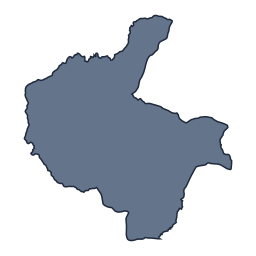 Coper, Boyacá, Colombia
{"feature_id": "7082276B34459820199268", "entity_name": "Coper", "entity_type": "district", "adm_level": 2, "iso_a3": "COL", "parent_name": "Colombia", "parent_adm1": "Boyacá", "projection": "albers", "projection_center": [-74.028, 5.448], "detail": "fine", "context": "isolated", "style": "filled", "palette": "slate", "viewbox_px": 256, "rotation_deg": 0, "n_neighbors": 0, "source": "geoboundaries", "source_scale": "gbopen_adm2", "svg_char_len": 5708}
<svg xmlns="http://www.w3.org/2000/svg" viewBox="0 0 256 256"><path d="M172.1,20.7L170.5,19.7L169.5,19.3L168.1,19.6L167.3,19.5L166.1,18.4L165.2,18.2L161.9,16.5L160.4,16.3L158.6,16.3L157.0,15.6L155.8,15.4L154.1,15.7L153.2,16.3L152.2,17.5L149.5,18.1L148.1,18.8L147.3,18.9L145.6,18.3L144.5,18.2L143.3,18.5L140.5,18.5L139.6,18.7L139.0,19.5L136.5,20.9L135.9,21.8L134.7,21.7L133.7,22.0L133.2,22.8L133.2,23.3L133.5,23.8L133.6,24.7L133.6,25.1L133.2,25.8L132.8,26.1L132.1,26.2L131.7,25.5L131.3,25.5L130.7,26.9L129.8,27.7L129.7,28.1L130.1,29.0L129.6,30.0L129.5,30.4L130.2,31.3L130.3,32.1L130.1,33.3L128.5,35.3L129.0,36.4L128.3,39.6L128.5,42.1L127.9,44.0L127.1,44.9L126.8,46.0L124.3,48.6L122.5,51.1L119.8,51.7L117.5,53.6L115.5,54.3L114.6,54.8L114.7,55.6L114.3,57.6L113.6,58.5L113.0,58.9L112.6,59.8L112.3,60.0L110.7,60.2L110.2,58.5L109.7,58.0L108.4,57.5L107.6,56.1L107.2,55.9L104.2,56.8L102.5,56.7L102.0,56.8L100.8,58.2L100.2,58.3L98.4,56.9L98.0,56.0L98.0,55.0L97.6,54.0L97.1,53.3L96.7,53.2L96.0,53.5L95.6,54.3L95.5,54.9L95.9,56.0L95.7,56.4L95.3,56.4L94.6,56.0L94.0,55.1L93.9,56.3L92.9,57.5L91.8,56.7L90.6,56.5L90.4,56.9L90.8,57.9L90.8,58.2L89.2,58.8L88.4,60.9L87.4,61.8L86.9,61.9L86.2,61.2L85.3,61.3L84.8,60.9L84.9,57.5L84.5,56.4L83.8,56.4L83.0,56.9L82.5,56.9L81.1,55.9L79.5,54.1L78.1,53.3L77.3,53.3L77.1,54.2L76.7,54.7L75.3,54.7L74.6,55.1L72.6,57.8L71.7,57.8L70.8,56.7L70.4,56.6L69.2,56.9L68.5,57.5L67.3,59.0L65.8,63.2L64.9,63.4L64.2,63.2L63.7,63.2L63.0,62.7L62.0,63.3L61.8,63.9L61.1,64.7L59.2,65.8L58.8,67.2L56.9,69.7L54.5,71.0L53.0,72.4L52.6,73.2L52.3,74.9L52.0,75.5L47.9,77.3L46.3,78.4L44.7,79.0L42.6,80.1L40.7,80.4L38.5,79.7L37.8,79.7L36.0,81.3L33.1,82.1L32.3,82.8L29.3,84.1L28.3,84.7L27.0,85.8L26.1,86.9L25.5,88.6L25.3,91.2L25.6,92.6L25.1,95.0L25.3,95.9L25.8,97.6L26.5,98.6L26.8,99.7L27.6,101.4L28.1,102.0L28.2,102.5L28.2,103.2L27.6,104.8L27.0,105.5L26.9,105.9L27.3,107.8L27.2,108.3L25.5,110.5L25.3,111.7L27.6,115.4L27.4,117.9L27.5,118.5L28.0,119.7L28.2,120.4L28.2,123.0L29.2,124.5L29.2,124.8L27.4,128.7L26.9,130.8L25.8,133.8L25.5,135.8L24.4,138.3L24.4,138.7L25.0,139.5L26.5,141.0L26.7,142.1L27.2,143.0L28.1,143.5L28.6,143.5L29.5,143.1L30.2,142.4L31.0,142.3L32.8,143.5L33.1,144.8L34.1,145.9L34.3,146.5L33.9,147.4L34.2,148.2L34.1,148.5L32.7,149.8L32.9,150.7L32.8,151.5L31.1,153.0L31.0,153.8L31.9,154.6L33.1,155.1L33.9,154.9L35.0,154.0L35.4,153.9L37.1,154.0L38.9,154.8L39.2,155.5L39.3,157.0L39.5,157.6L40.3,158.5L40.7,158.7L42.2,161.1L43.2,162.3L43.9,164.0L45.6,165.1L46.3,166.1L47.6,169.2L47.8,170.4L48.1,170.6L49.4,170.7L51.2,172.5L51.2,173.3L51.0,173.8L51.3,175.1L52.1,176.0L52.8,176.5L53.3,177.1L53.9,178.4L54.8,179.9L56.1,180.7L57.4,182.5L60.2,183.5L61.5,183.4L62.2,183.6L62.5,183.8L63.7,186.1L65.1,186.8L67.3,186.7L68.8,186.4L71.8,186.5L73.5,186.4L76.2,187.8L76.9,188.9L77.5,189.4L79.0,189.6L80.7,191.1L82.0,191.8L82.9,191.5L83.5,192.1L83.8,192.1L84.1,192.1L85.4,190.6L88.0,190.5L88.3,190.4L89.1,189.2L90.1,188.8L91.0,188.9L92.0,188.5L94.2,188.5L95.1,188.3L96.5,187.5L96.9,187.9L100.9,193.8L101.8,196.5L103.0,203.5L103.3,204.2L104.0,204.9L105.5,205.9L107.2,206.7L109.7,207.4L111.6,207.5L113.0,208.8L115.0,211.0L117.1,211.9L118.5,212.1L120.3,211.9L122.8,211.5L124.5,210.9L127.2,211.3L128.1,211.9L128.6,212.6L128.6,212.9L126.2,217.9L126.0,219.4L126.5,225.9L126.3,234.7L126.6,236.5L127.1,238.2L127.8,239.3L128.7,240.0L129.9,240.4L131.3,240.6L133.0,240.4L135.6,239.8L137.2,239.1L142.4,239.1L143.7,238.6L145.4,237.5L147.6,237.9L149.4,238.1L151.0,238.0L158.1,238.8L160.0,238.8L159.0,238.2L158.8,237.1L159.0,236.7L159.8,236.3L160.0,236.0L160.6,234.3L160.8,234.1L161.7,234.7L162.1,234.5L162.1,233.4L163.6,231.9L166.3,231.2L167.7,231.0L168.1,230.7L168.0,230.0L168.5,229.2L170.6,228.9L170.5,228.5L169.9,228.1L170.2,227.7L170.7,227.5L171.7,227.6L171.9,227.1L172.6,226.2L173.0,224.8L176.2,222.5L175.9,220.7L176.7,217.4L177.1,212.6L177.7,211.4L179.0,209.7L179.2,208.5L179.7,208.4L181.5,209.1L181.8,208.1L182.6,206.7L181.8,205.3L182.2,204.0L181.9,201.7L182.0,201.4L182.5,201.2L182.6,200.8L180.8,199.6L181.2,198.9L182.9,198.1L183.8,196.9L184.2,193.9L183.8,191.9L183.9,189.8L184.3,188.9L186.1,186.6L190.7,176.7L194.1,170.3L196.0,167.0L196.4,166.8L199.2,165.9L204.9,165.0L206.0,164.5L207.4,163.1L208.9,162.8L210.5,163.5L218.1,164.1L221.0,165.0L226.8,168.6L229.4,169.4L230.4,169.5L230.8,169.3L231.1,168.7L231.6,163.8L231.6,160.5L231.1,160.1L230.5,159.2L230.3,157.5L229.5,155.4L228.9,154.8L228.1,154.4L225.4,154.5L225.0,154.1L223.8,153.6L223.5,153.1L222.3,149.4L221.6,148.9L221.1,147.9L220.9,146.8L220.6,146.1L221.2,145.4L221.2,144.8L220.4,144.3L220.3,142.0L220.0,140.7L220.1,140.4L220.0,139.7L220.3,139.2L221.8,136.6L222.9,135.2L223.4,132.9L224.0,131.5L224.4,130.9L227.8,127.6L227.7,126.2L227.2,125.3L226.3,124.7L223.0,123.3L217.2,121.5L215.4,120.4L214.3,119.9L212.3,118.1L211.6,117.8L206.9,116.8L204.6,116.7L202.5,117.0L201.0,117.0L200.2,117.1L199.1,117.8L198.1,118.2L195.0,118.5L191.0,119.8L187.0,122.5L186.1,122.8L185.5,122.7L182.0,120.8L180.0,119.1L179.2,117.9L178.6,116.6L178.2,114.7L177.1,113.1L176.8,113.0L176.4,113.2L175.7,113.3L174.2,113.3L171.6,112.6L168.3,110.6L162.8,108.4L161.8,107.4L160.9,106.8L157.7,105.7L149.7,103.4L145.4,103.6L145.1,103.5L144.2,102.2L142.9,101.4L142.1,100.6L140.6,98.7L139.6,98.9L138.1,100.0L136.1,98.2L133.8,97.1L132.8,94.9L132.6,94.5L131.9,94.2L132.3,93.7L134.1,92.5L135.5,91.5L138.0,87.7L138.4,86.5L139.3,81.8L139.8,80.0L142.1,76.2L143.7,72.3L145.0,67.9L145.7,64.7L146.7,61.4L147.7,58.7L148.5,57.3L149.8,55.8L150.6,55.2L151.8,55.0L152.6,54.5L155.0,51.9L157.2,50.0L158.0,48.6L158.4,44.6L158.8,43.6L159.8,42.2L160.6,41.5L165.7,39.0L166.9,37.9L167.5,35.7L167.8,33.6L168.6,31.6L169.5,26.8L170.1,25.4L172.0,22.3L172.2,21.5L172.1,20.7Z" fill="#64748b" stroke="#1e293b" stroke-width="1.5"/></svg>